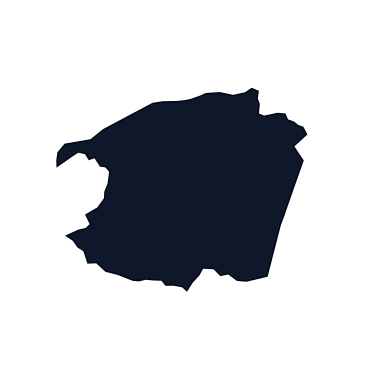 Doutor Severiano, Rio Grande do Norte, Brazil, rotated 235°
{"feature_id": "56859067B85675628272151", "entity_name": "Doutor Severiano", "entity_type": "district", "adm_level": 2, "iso_a3": "BRA", "parent_name": "Brazil", "parent_adm1": "Rio Grande do Norte", "projection": "natural_earth1", "projection_center": [-38.397, -6.115], "detail": "fine", "context": "isolated", "style": "filled", "palette": "ink", "viewbox_px": 384, "rotation_deg": 235, "n_neighbors": 0, "source": "geoboundaries", "source_scale": "gbopen_adm2", "svg_char_len": 1121}
<svg xmlns="http://www.w3.org/2000/svg" viewBox="0 0 384 384"><g transform="rotate(235 192 192)"><path d="M189.0,73.3L176.6,76.0L167.2,84.1L160.5,88.6L154.1,92.7L149.9,97.5L147.2,104.3L142.3,110.0L137.2,116.8L130.8,117.2L126.4,123.6L120.0,129.9L114.2,131.2L118.1,140.6L120.1,150.0L123.7,157.2L116.8,166.0L107.4,167.6L104.2,175.0L93.7,178.5L87.9,185.5L80.1,205.2L93.1,220.4L114.2,245.0L120.6,254.3L124.2,259.2L139.1,279.9L154.1,300.9L171.3,301.3L173.6,318.9L181.4,319.9L185.8,316.7L190.8,315.4L196.3,311.5L202.4,312.8L207.4,306.8L209.7,301.0L212.7,294.3L218.0,291.0L225.6,297.4L231.2,298.8L236.6,303.9L242.4,300.3L242.6,292.4L247.3,281.0L257.3,271.7L264.5,259.8L265.6,253.8L268.3,244.2L270.6,238.7L274.7,231.3L282.5,219.7L287.0,210.6L293.8,155.1L292.7,139.0L303.9,115.3L301.1,104.9L295.2,99.5L290.4,96.3L290.4,114.2L290.2,121.7L284.7,126.8L277.8,126.4L276.2,132.3L265.9,131.9L262.3,135.8L255.9,136.5L246.7,128.1L242.1,120.9L236.8,116.8L232.9,105.5L234.1,92.1L223.7,90.4L222.8,84.1L225.6,77.3L228.1,64.1L220.5,67.1L212.4,67.1L205.8,69.8L193.6,66.1L189.0,73.3Z" fill="#0f172a" stroke="#020617" stroke-width="1.5"/></g></svg>